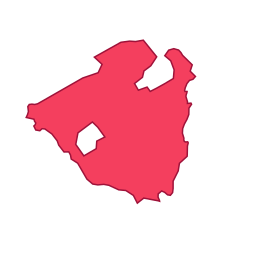 the County of Zala, rotated 243°
{"feature_id": "HUN-3159", "entity_name": "Zala", "entity_type": "County", "adm_level": 1, "iso_a3": "HUN", "parent_name": "Hungary", "parent_adm1": "", "projection": "robinson", "projection_center": [16.808, 46.674], "detail": "fine", "context": "isolated", "style": "filled", "palette": "rose", "viewbox_px": 256, "rotation_deg": 243, "n_neighbors": 0, "source": "natural_earth", "source_scale": "10m", "svg_char_len": 1586}
<svg xmlns="http://www.w3.org/2000/svg" viewBox="0 0 256 256"><g transform="rotate(243 128 128)"><path d="M87.4,174.9L85.0,172.8L77.0,168.5L75.9,167.8L73.2,157.8L67.0,153.3L60.2,144.1L53.6,140.7L50.2,138.4L49.5,136.8L48.8,135.2L50.5,132.9L54.0,131.5L55.1,130.6L56.6,129.4L55.6,125.0L52.8,123.4L49.4,123.2L48.4,122.9L49.4,121.9L58.4,110.2L56.8,102.2L65.5,102.2L73.3,97.7L77.1,91.7L85.6,85.0L88.8,80.8L91.0,75.3L94.1,71.1L101.1,68.2L119.5,67.2L126.1,63.3L130.1,64.5L133.6,64.4L135.7,60.1L144.2,58.5L148.7,59.1L157.2,57.5L164.9,53.5L166.4,51.1L165.6,48.2L168.1,44.9L172.5,45.0L173.1,46.9L174.4,48.1L176.4,47.8L178.5,48.2L183.6,42.1L185.6,44.6L187.8,46.7L192.6,48.5L193.8,50.7L192.9,53.2L191.3,55.6L190.6,58.5L193.1,110.4L190.8,126.5L196.5,133.8L206.4,130.2L207.6,160.6L204.7,168.8L201.6,174.0L199.3,181.5L178.4,185.9L173.1,176.6L171.6,168.1L166.6,163.9L164.7,154.0L157.0,154.4L155.8,163.6L150.5,164.4L150.5,171.2L150.8,180.1L151.5,190.9L158.9,195.5L168.5,196.6L175.7,193.6L178.9,199.6L177.9,204.8L174.5,208.5L171.2,209.4L168.0,209.6L155.1,213.9L150.4,209.2L143.3,211.5L141.9,208.0L142.5,204.4L140.8,200.6L139.6,199.3L138.0,197.4L135.6,195.4L134.6,195.4L134.2,196.4L133.7,197.2L132.5,196.3L131.7,195.4L130.9,194.7L130.1,194.1L129.3,193.8L124.3,192.9L122.9,192.1L121.6,195.4L120.3,195.4L118.0,191.3L112.4,188.3L108.9,184.4L105.9,180.0L102.6,176.4L98.6,174.1L93.6,173.2L92.0,172.3L90.5,172.1L89.4,172.9L88.6,174.9L87.4,174.9ZM130.5,103.3L142.5,101.4L149.5,99.0L146.4,81.2L137.1,74.0L123.2,76.0L124.0,90.3L130.5,94.2L130.5,103.3Z" fill="#f43f5e" stroke="#9f1239" stroke-width="1.5"/></g></svg>